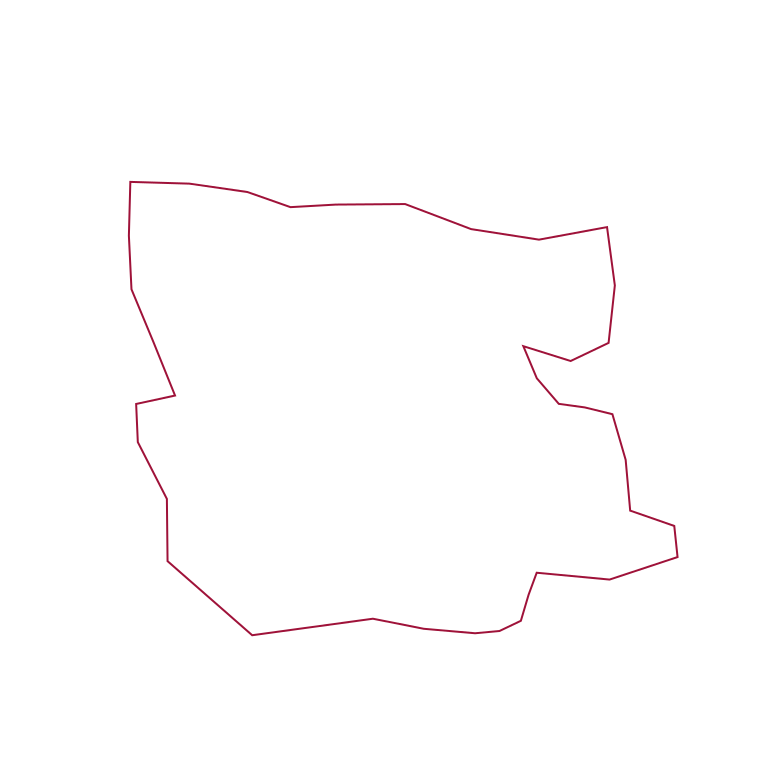 Valverde, Mercator projection, rotated 342°
{"feature_id": "DOM-1392", "entity_name": "Valverde", "entity_type": "Province", "adm_level": 1, "iso_a3": "DOM", "parent_name": "Dominican Republic", "parent_adm1": "", "projection": "mercator", "projection_center": [-71.013, 19.595], "detail": "fine", "context": "isolated", "style": "outline", "palette": "rose", "viewbox_px": 768, "rotation_deg": 342, "n_neighbors": 0, "source": "natural_earth", "source_scale": "10m", "svg_char_len": 634}
<svg xmlns="http://www.w3.org/2000/svg" viewBox="0 0 768 768"><g transform="rotate(342 384 384)"><path d="M181.7,330.4L177.7,273.1L173.1,215.9L187.2,164.1L205.2,113.4L260.8,133.3L313.4,159.2L349.7,186.9L393.7,198.5L459.7,219.4L514.7,263.6L576.0,294.6L644.6,303.7L634.0,361.6L610.3,414.3L568.6,419.8L528.2,391.1L531.1,425.8L544.1,456.9L567.7,468.3L591.9,483.3L590.4,530.8L579.0,580.5L616.2,608.7L609.7,639.3L538.1,639.7L470.9,610.7L456.4,629.1L441.0,651.5L417.5,654.6L393.6,649.2L346.2,629.1L300.9,603.8L181.0,582.2L123.4,485.6L142.0,426.2L131.9,363.2L142.1,326.4L181.7,330.4Z" fill="none" stroke="#9f1239" stroke-width="2"/></g></svg>